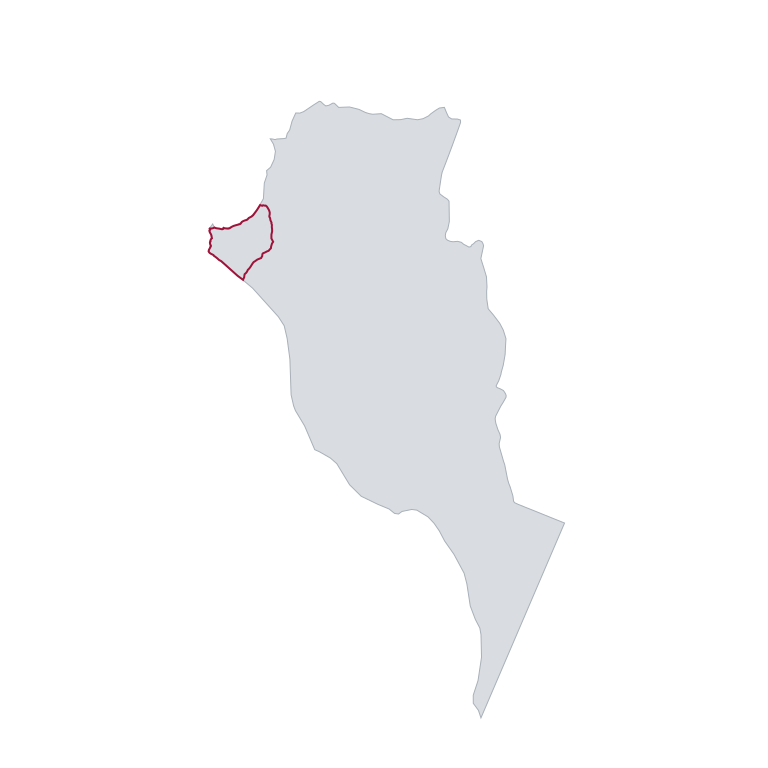 Tanger - Tétouan on a map of Morocco (Albers equal-area conic projection), rotated 290°
{"feature_id": "MAR-1445", "entity_name": "Tanger - Tétouan", "entity_type": "Region", "adm_level": 1, "iso_a3": "MAR", "parent_name": "Morocco", "parent_adm1": "", "projection": "albers", "projection_center": [-5.386, 35.321], "detail": "fine", "context": "in_parent", "style": "outline", "palette": "rose", "viewbox_px": 768, "rotation_deg": 290, "n_neighbors": 0, "source": "natural_earth", "source_scale": "10m", "svg_char_len": 4068}
<svg xmlns="http://www.w3.org/2000/svg" viewBox="0 0 768 768"><g transform="rotate(290 384 384)"><path d="M109.6,584.4L114.5,577.1L122.1,574.3L137.5,573.8L160.6,569.1L181.6,560.9L187.5,557.5L194.1,550.3L204.9,541.0L224.6,530.2L233.6,524.0L247.8,508.1L257.2,494.7L264.9,486.2L270.3,478.6L274.2,470.8L276.7,458.0L275.6,453.0L270.4,444.5L266.8,442.1L266.0,438.2L268.3,431.5L268.8,419.7L270.7,401.0L277.5,386.2L293.0,366.9L296.1,358.9L298.3,346.0L298.6,341.4L317.5,323.7L328.7,309.9L332.5,306.6L342.1,300.4L375.1,287.1L393.7,277.4L404.6,270.3L411.1,261.7L429.1,227.8L446.6,180.0L448.0,174.4L455.6,172.9L461.0,172.2L465.3,170.4L470.7,166.8L475.8,168.3L473.3,170.7L473.3,176.6L476.9,183.5L483.3,191.3L494.9,201.2L504.0,205.1L516.9,207.3L531.9,202.8L540.4,202.6L544.4,200.7L548.9,203.3L557.4,204.0L565.5,202.4L571.6,198.1L575.5,193.3L576.1,195.6L576.4,198.1L577.6,199.6L580.2,205.6L581.5,207.9L586.2,207.4L590.4,208.5L599.6,207.7L608.5,208.4L609.8,212.3L612.5,215.4L621.9,222.2L627.5,226.5L627.7,228.0L626.1,231.7L625.4,234.2L627.0,236.8L630.5,239.9L630.8,241.4L630.0,243.3L628.4,246.8L632.5,256.8L633.5,266.6L632.8,273.7L633.0,277.7L633.6,281.1L637.1,289.0L635.4,302.2L638.1,309.2L641.6,314.9L643.8,325.2L646.7,330.0L651.2,334.2L653.8,335.5L658.8,338.9L662.3,341.7L664.6,346.1L660.4,349.9L657.0,353.3L656.2,356.9L658.1,362.4L658.2,365.5L656.0,366.5L646.9,366.6L639.8,366.6L631.6,366.6L620.1,366.5L613.0,366.4L603.2,366.2L599.9,366.6L590.9,368.4L584.6,369.7L583.6,370.0L581.7,371.5L580.4,375.6L579.3,380.4L578.0,382.6L559.1,389.8L551.7,390.9L547.3,390.3L544.3,390.9L541.7,392.4L540.8,394.6L540.7,397.5L541.3,400.3L543.2,404.3L543.6,408.3L542.5,411.1L542.2,413.9L541.7,417.0L542.8,418.6L544.6,418.8L546.5,420.2L549.1,421.4L551.4,423.8L551.3,427.2L549.5,429.2L547.9,430.3L540.8,431.3L535.0,432.1L527.7,437.7L519.8,443.6L510.4,447.6L506.3,448.7L499.0,451.5L490.3,456.2L486.1,463.5L480.6,472.0L475.4,477.7L468.3,483.1L461.6,485.1L453.2,487.7L442.6,489.6L435.1,490.2L432.9,490.6L426.3,490.7L423.1,490.3L420.7,490.0L419.7,490.6L419.3,491.9L419.2,495.0L418.7,498.5L416.5,501.4L415.0,502.7L413.3,503.2L407.8,502.3L403.1,501.3L392.1,499.9L389.9,500.2L389.0,500.5L385.5,502.4L380.1,506.6L376.4,510.2L373.7,511.8L367.3,512.6L364.4,513.9L352.2,522.8L349.5,525.0L336.9,532.6L333.3,535.2L330.5,537.7L322.9,543.4L318.1,545.9L317.1,547.4L316.8,551.0L316.5,559.0L316.3,566.6L315.9,577.7L315.5,588.9L315.1,601.2L103.4,589.3L109.6,584.4Z" fill="#d9dde1" stroke="#a8b0b8" stroke-width="1"/><path d="M470.6,167.1L471.0,168.3L471.5,169.4L472.2,170.3L473.1,171.2L472.9,172.0L473.0,173.3L473.7,176.1L473.9,178.3L474.1,178.9L474.3,179.4L474.7,179.8L474.9,179.9L475.7,179.7L475.9,179.8L475.9,180.1L475.8,180.9L475.9,181.3L476.6,184.1L477.1,185.1L478.0,186.0L479.8,187.3L481.3,188.8L485.0,194.0L485.7,194.5L486.7,194.7L487.5,194.9L488.4,195.5L489.8,196.9L491.0,198.6L491.8,199.4L493.7,200.1L496.1,202.3L497.8,203.3L504.0,205.1L509.8,206.4L509.8,206.7L509.8,208.6L510.6,209.2L510.7,210.5L511.2,211.8L510.7,213.2L509.4,214.9L507.9,216.6L506.2,217.9L504.6,218.5L503.3,218.7L502.5,218.8L501.6,219.4L501.0,220.2L499.0,221.3L497.2,223.1L496.3,223.3L495.3,224.2L493.1,224.9L491.4,225.8L489.1,226.7L485.9,227.1L482.3,228.4L479.7,231.2L477.6,230.7L474.6,230.9L472.8,231.3L471.4,230.6L469.7,230.0L468.4,228.5L466.6,226.9L465.6,225.7L464.5,225.3L462.5,225.8L461.6,225.6L460.4,225.5L457.6,222.4L455.1,220.7L454.0,219.8L452.4,219.3L448.2,218.4L446.3,217.8L444.7,217.0L443.1,216.9L441.8,216.6L440.8,216.2L439.6,215.5L438.7,215.6L436.5,216.1L433.9,215.9L433.7,215.9L435.6,209.4L443.6,189.5L443.9,188.5L444.0,187.2L444.2,186.4L445.1,184.3L446.0,181.5L446.1,181.0L446.2,180.5L446.8,179.7L446.9,179.2L447.2,176.7L447.5,175.5L447.9,174.7L448.7,173.8L450.2,173.6L454.2,174.2L454.7,174.1L455.9,172.9L456.4,172.5L457.2,172.1L458.0,171.9L458.5,172.2L459.2,171.8L460.3,171.8L461.3,172.0L462.0,172.5L464.6,171.0L465.3,170.4L466.8,168.6L467.6,167.9L468.5,167.4L468.9,167.5L469.0,167.7L469.6,167.9L470.0,167.9L470.1,167.5L470.2,167.1L470.3,167.0L470.6,167.1L470.6,167.1Z" fill="none" stroke="#9f1239" stroke-width="2"/></g></svg>